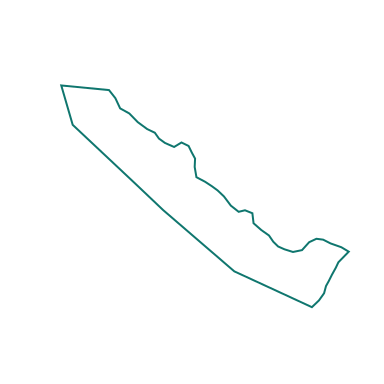 Logradouro, Paraíba, Brazil (Natural Earth projection), rotated 119°
{"feature_id": "56859067B98987286489864", "entity_name": "Logradouro", "entity_type": "district", "adm_level": 2, "iso_a3": "BRA", "parent_name": "Brazil", "parent_adm1": "Paraíba", "projection": "natural_earth1", "projection_center": [-35.434, -6.559], "detail": "fine", "context": "isolated", "style": "outline", "palette": "teal", "viewbox_px": 384, "rotation_deg": 119, "n_neighbors": 0, "source": "geoboundaries", "source_scale": "gbopen_adm2", "svg_char_len": 782}
<svg xmlns="http://www.w3.org/2000/svg" viewBox="0 0 384 384"><g transform="rotate(119 192 192)"><path d="M168.2,26.0L167.9,34.6L169.8,45.9L170.1,54.2L172.6,60.5L179.1,65.2L189.5,67.6L195.5,74.6L197.3,83.4L197.9,90.3L196.1,96.8L192.7,103.6L191.7,112.8L189.5,123.0L181.3,128.9L182.3,136.8L186.7,141.6L185.1,151.4L180.4,161.9L178.2,170.4L177.3,177.5L176.7,185.5L176.9,195.3L168.8,201.8L161.3,205.5L157.6,211.3L153.4,217.3L153.8,225.2L161.3,229.5L162.2,239.4L161.3,246.8L158.2,253.2L158.7,261.7L157.2,273.3L153.7,284.9L153.7,295.4L147.1,304.5L143.1,314.0L162.2,358.0L191.1,328.9L212.3,245.2L221.8,208.5L239.1,125.2L240.9,116.5L234.6,31.3L225.3,28.4L216.5,27.4L209.3,29.2L203.5,29.2L196.5,29.5L188.5,29.5L182.5,29.9L168.2,26.0Z" fill="none" stroke="#0f766e" stroke-width="2"/></g></svg>